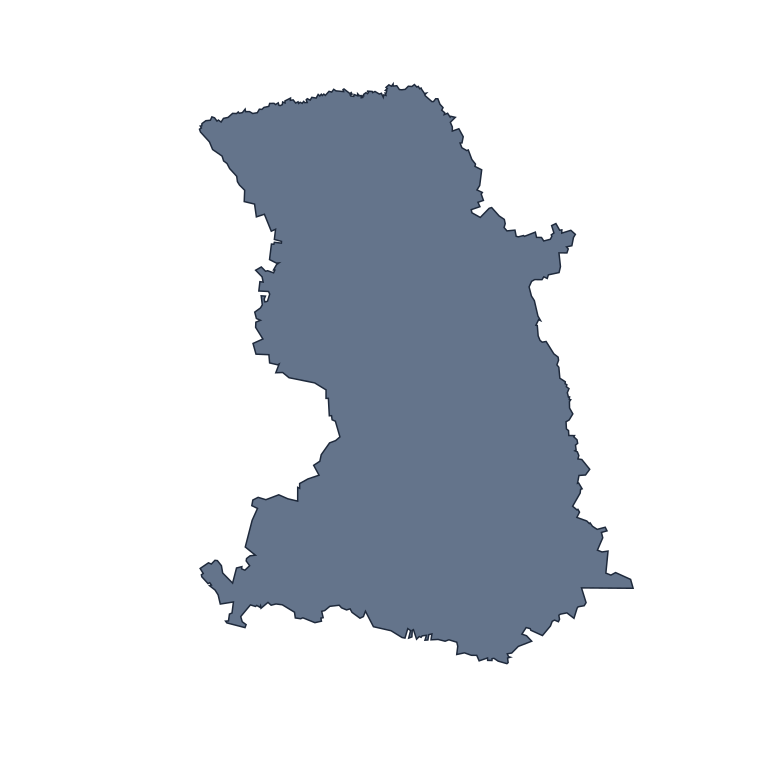 the district of Sahagún, Córdoba, Colombia, rotated 168°
{"feature_id": "7082276B34877429512170", "entity_name": "Sahagún", "entity_type": "district", "adm_level": 2, "iso_a3": "COL", "parent_name": "Colombia", "parent_adm1": "Córdoba", "projection": "albers", "projection_center": [-75.428, 8.796], "detail": "fine", "context": "isolated", "style": "filled", "palette": "slate", "viewbox_px": 768, "rotation_deg": 168, "n_neighbors": 0, "source": "geoboundaries", "source_scale": "gbopen_adm2", "svg_char_len": 6155}
<svg xmlns="http://www.w3.org/2000/svg" viewBox="0 0 768 768"><g transform="rotate(168 384 384)"><path d="M183.4,141.6L196.7,151.4L201.8,149.9L206.3,152.9L199.6,174.0L205.7,174.4L209.8,177.1L202.0,188.1L202.2,193.6L196.4,194.0L197.4,197.9L205.7,197.5L209.7,201.5L211.3,205.3L212.2,204.8L214.1,207.8L223.1,213.4L219.4,218.0L220.4,221.1L221.4,220.7L224.9,225.2L214.8,236.5L213.6,240.1L212.0,240.3L214.2,246.7L215.4,246.6L212.3,254.0L205.8,253.1L200.5,257.8L206.2,269.0L209.9,270.4L208.3,273.5L209.0,277.5L211.2,279.0L209.8,279.5L209.4,284.4L206.9,285.7L206.8,289.3L209.3,292.8L208.4,293.9L213.9,295.2L213.2,300.1L214.9,302.1L213.8,309.2L210.4,310.3L205.5,315.5L207.5,321.9L206.3,328.2L204.7,329.8L206.0,330.3L205.2,332.8L206.3,332.8L206.5,337.4L204.0,341.0L206.2,343.4L205.3,345.3L206.8,346.6L206.2,348.5L210.8,353.1L209.5,364.0L210.9,366.8L208.3,371.0L208.1,374.1L211.6,378.2L216.6,391.9L220.5,392.0L222.3,394.2L223.2,399.0L221.9,409.3L223.2,409.9L219.4,414.7L217.7,413.5L219.3,418.5L219.6,434.3L221.5,439.4L221.9,448.8L218.3,453.7L214.9,454.8L207.8,453.2L205.4,455.6L202.4,453.3L200.5,456.6L189.6,456.6L187.0,462.1L185.6,475.9L177.8,474.2L175.7,477.8L177.0,480.2L171.5,480.2L168.2,487.9L165.7,490.6L169.3,495.5L178.8,494.6L178.0,497.8L180.2,497.9L182.5,505.2L187.1,504.1L186.4,496.4L189.4,495.1L189.1,493.6L191.2,491.0L198.0,490.7L199.5,494.6L204.3,495.7L204.4,501.1L216.0,499.2L216.6,500.2L222.0,500.0L224.0,501.0L223.9,507.3L231.9,508.2L234.0,512.1L232.1,515.6L232.1,520.0L236.4,524.4L242.0,534.2L244.6,534.0L255.2,526.9L262.4,533.2L262.4,536.4L253.3,537.5L254.3,542.2L248.6,542.9L249.4,549.6L248.0,550.9L252.7,554.5L249.1,558.3L243.9,573.2L249.8,577.9L248.8,580.1L251.4,585.4L252.9,595.4L254.5,595.1L258.7,598.9L259.5,603.9L257.6,603.6L255.1,609.4L257.7,618.1L264.6,617.2L263.7,621.2L264.7,626.2L258.8,630.0L263.1,632.0L263.8,631.3L265.5,635.6L269.1,635.0L268.2,636.7L270.6,639.8L268.8,642.1L271.1,646.0L272.0,651.8L274.1,652.3L276.8,650.0L278.4,650.2L283.7,657.3L284.0,658.4L282.1,659.7L284.0,659.7L286.4,665.6L285.5,666.0L287.7,665.4L288.6,668.0L290.1,667.6L292.0,670.6L294.8,669.2L298.3,670.2L302.0,667.8L305.5,668.1L307.7,668.8L309.5,673.1L313.1,673.5L312.7,675.6L314.8,673.7L317.0,675.6L320.4,673.7L319.4,672.2L321.6,670.9L320.4,670.2L321.6,667.8L322.4,668.2L322.1,665.9L324.1,666.8L325.1,664.6L326.1,668.9L328.3,668.6L332.0,672.0L334.5,671.4L334.7,672.6L339.8,674.1L338.1,673.0L339.7,671.4L341.1,672.7L343.8,671.5L344.0,670.0L345.3,670.3L345.2,668.7L346.8,668.7L346.5,670.9L348.0,671.0L349.4,673.3L349.7,671.3L353.1,673.4L353.8,671.6L356.6,672.6L357.0,673.8L355.0,674.2L355.5,675.9L356.9,675.1L361.8,680.9L362.9,680.5L362.7,678.4L370.0,680.7L371.9,682.7L374.5,680.4L376.9,681.7L381.4,678.5L382.6,680.1L384.4,679.0L385.1,680.5L386.9,679.1L388.2,680.9L390.9,677.8L395.0,679.4L397.2,677.0L399.7,679.0L401.0,678.2L400.6,675.3L403.0,675.7L403.8,677.1L405.7,675.5L407.4,677.0L409.2,676.2L409.4,677.9L412.0,677.2L413.8,680.8L416.6,680.9L416.0,683.1L422.0,681.5L422.4,679.5L424.5,680.9L425.4,678.4L427.6,677.9L428.8,678.4L429.0,681.0L432.0,679.9L433.2,681.4L437.5,682.2L439.0,679.5L443.9,679.5L446.3,678.0L448.8,678.7L451.5,675.7L456.2,675.9L458.9,678.4L462.8,679.2L462.7,681.7L466.1,678.9L469.3,678.9L470.0,680.4L472.0,679.2L475.8,680.2L481.1,677.2L485.8,677.2L488.9,674.1L491.1,676.6L492.7,675.9L494.4,679.6L496.8,681.1L499.0,678.1L503.5,678.6L507.9,676.6L508.6,674.4L510.1,674.5L509.4,672.4L511.5,671.6L511.1,668.6L504.4,657.1L502.9,649.0L495.0,640.6L494.5,635.5L491.7,632.3L490.2,626.8L484.9,617.8L485.3,612.4L484.0,608.6L480.0,602.5L482.8,591.5L473.2,586.9L474.1,574.0L465.7,574.9L462.5,556.9L457.9,557.9L461.2,548.2L454.6,544.8L455.1,543.1L461.8,545.4L462.7,543.6L465.0,544.3L470.1,529.5L464.1,524.6L461.6,524.3L464.3,523.1L468.4,518.5L467.1,518.1L468.9,515.7L474.3,519.0L476.4,518.9L479.7,524.0L485.9,522.0L481.0,514.2L481.0,508.8L484.1,509.9L487.1,501.0L477.7,498.5L477.1,495.7L480.7,489.3L482.1,489.0L483.5,489.1L483.5,492.0L481.7,494.6L485.8,495.8L486.6,486.7L489.0,484.1L495.5,481.2L495.2,474.6L491.6,472.0L496.5,471.1L497.8,466.1L493.1,453.2L503.7,450.9L503.0,439.8L490.5,436.6L491.5,428.4L484.1,424.9L482.4,425.4L487.5,417.5L480.7,416.3L475.6,409.9L451.6,399.5L441.9,390.3L443.7,382.0L441.4,381.5L444.1,364.3L441.9,363.9L442.2,359.8L439.3,357.7L438.1,341.4L443.1,338.7L449.5,337.7L460.1,327.9L462.8,321.8L469.7,319.1L466.5,308.3L478.0,307.0L487.2,304.2L488.2,299.5L489.9,300.8L492.8,287.4L501.9,291.7L510.0,297.5L523.6,295.4L530.7,299.3L536.4,297.8L538.6,292.5L533.6,288.6L541.3,278.1L553.6,253.4L545.4,243.3L550.7,243.8L554.7,241.9L555.6,239.6L553.2,234.2L558.8,230.8L561.7,232.8L561.0,234.9L566.5,234.7L573.5,220.7L581.1,232.7L580.8,240.1L583.7,245.9L586.0,246.7L590.3,243.8L592.9,245.6L602.2,241.8L600.2,236.2L602.3,235.4L602.3,233.3L597.6,225.3L595.8,225.9L594.6,223.2L596.6,223.0L592.1,217.6L590.1,212.2L589.9,202.8L576.6,202.1L580.3,191.6L583.0,191.1L585.4,184.6L588.3,185.0L587.4,183.0L570.6,174.6L568.9,177.3L572.1,180.9L572.5,186.3L560.6,195.7L555.9,193.1L554.5,193.9L551.8,191.4L550.9,192.7L550.9,190.2L542.9,194.5L540.4,191.1L535.4,191.3L529.4,189.2L519.0,179.4L519.4,173.6L514.3,171.7L512.0,172.2L501.2,164.9L494.5,165.0L494.4,168.1L492.1,168.1L492.2,174.6L489.1,174.7L483.2,177.8L473.8,176.9L472.1,173.9L467.6,170.8L463.9,171.1L462.8,167.3L456.2,159.9L452.5,160.8L449.4,165.6L444.8,148.8L428.4,141.2L419.1,132.3L416.3,131.1L411.6,139.8L409.3,137.3L412.7,130.3L409.3,130.8L407.6,137.2L406.3,137.6L405.2,127.6L402.0,129.7L400.4,128.5L399.0,129.7L394.7,129.4L397.2,124.9L394.3,124.5L392.3,129.5L389.1,129.6L391.2,124.0L384.2,122.9L377.7,119.7L373.7,120.3L366.5,116.3L366.4,112.1L369.1,104.3L361.2,104.3L355.0,100.5L349.7,99.3L348.5,93.4L339.7,94.5L340.1,92.1L335.9,91.1L335.4,92.9L333.5,92.8L330.0,89.2L321.9,84.9L320.5,85.7L320.1,90.3L317.3,90.5L318.9,91.4L319.5,94.5L315.0,94.3L307.2,99.4L293.0,101.7L296.9,108.1L301.1,110.7L295.6,116.2L291.8,114.3L291.6,112.6L281.3,105.0L271.5,112.7L268.8,116.9L266.3,117.6L262.8,115.2L261.2,117.4L261.1,121.4L259.4,122.2L252.7,122.1L246.9,115.3L241.7,124.6L240.4,125.7L234.3,125.5L231.8,128.1L233.2,143.5L182.8,132.4L183.4,141.6Z" fill="#64748b" stroke="#1e293b" stroke-width="1.5"/></g></svg>